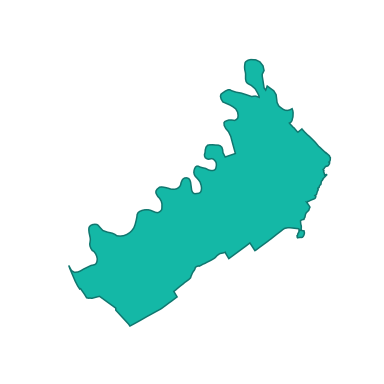 the district of Saucesti, Bacau, Romania, rotated 249°
{"feature_id": "2599482B67210416797402", "entity_name": "Saucesti", "entity_type": "district", "adm_level": 2, "iso_a3": "ROU", "parent_name": "Romania", "parent_adm1": "Bacau", "projection": "robinson", "projection_center": [26.939, 46.661], "detail": "fine", "context": "isolated", "style": "filled", "palette": "teal", "viewbox_px": 384, "rotation_deg": 249, "n_neighbors": 0, "source": "geoboundaries", "source_scale": "gbopen_adm2", "svg_char_len": 6073}
<svg xmlns="http://www.w3.org/2000/svg" viewBox="0 0 384 384"><g transform="rotate(249 192 192)"><path d="M294.5,294.5L294.7,293.4L294.9,292.3L294.9,291.6L294.9,291.0L294.4,289.0L293.9,288.1L293.2,287.6L291.4,286.6L289.9,285.9L288.4,285.4L287.3,285.1L284.6,284.7L282.9,284.3L280.4,283.3L278.3,282.5L275.8,282.1L274.3,282.4L272.8,283.3L270.3,285.5L266.6,287.5L265.5,288.0L260.4,288.8L258.6,288.9L257.3,288.9L256.3,288.6L257.1,287.7L258.7,285.8L259.3,283.9L259.7,281.9L263.1,277.9L266.7,273.4L269.4,268.9L272.5,265.1L273.9,264.0L274.5,262.3L274.3,259.3L273.5,256.1L272.9,254.1L271.2,252.9L268.4,252.5L265.0,253.1L259.6,258.6L257.0,260.7L254.0,262.6L250.2,263.2L247.0,262.5L244.8,261.4L243.8,259.6L243.5,257.5L244.9,255.0L246.0,252.2L246.1,250.0L246.0,247.9L245.2,246.7L242.5,245.9L239.1,246.3L235.1,247.7L230.0,248.1L222.6,247.3L212.4,246.3L212.8,235.5L217.6,235.0L220.7,235.8L223.0,235.9L225.0,234.9L226.3,233.4L227.3,231.0L228.7,228.2L229.7,225.4L230.1,223.4L228.9,221.2L226.6,219.5L224.3,218.4L222.4,217.0L220.9,216.6L219.2,216.7L217.7,217.8L216.7,219.0L216.4,220.5L216.1,222.3L215.0,223.7L213.2,224.6L210.8,225.1L208.3,224.4L206.1,223.1L204.9,222.0L204.4,220.8L204.6,219.1L205.3,217.3L206.7,215.3L209.1,213.2L210.8,210.6L212.3,208.6L213.9,207.0L214.4,205.7L214.1,204.3L213.0,202.9L211.3,201.6L209.5,200.7L207.4,200.4L205.4,200.7L203.0,201.7L200.8,202.5L198.4,203.1L194.7,202.9L192.2,202.3L190.3,201.3L189.3,200.5L188.5,199.2L188.4,197.7L188.9,195.9L189.3,194.2L190.2,193.0L191.7,192.4L193.7,192.3L201.7,194.2L203.9,194.3L205.7,193.8L207.1,192.2L207.7,190.3L207.5,188.7L206.8,187.3L204.8,185.3L202.6,183.8L201.5,182.5L200.8,180.6L200.5,178.8L200.8,176.7L202.1,173.5L203.8,171.5L205.5,169.1L206.9,166.8L207.7,165.2L208.1,163.4L207.1,160.4L205.8,158.7L204.1,158.0L202.4,158.1L200.0,158.5L197.7,159.5L194.5,160.0L191.7,159.7L188.4,158.4L186.5,157.5L185.5,155.9L185.0,154.2L185.0,152.5L186.1,150.6L188.2,148.4L189.7,146.8L191.0,144.9L191.7,143.2L192.3,141.4L192.7,138.8L192.6,136.0L192.0,134.2L190.6,132.7L188.5,131.6L185.5,129.7L182.1,127.3L179.4,124.9L177.9,122.6L177.4,121.8L176.4,119.4L175.7,115.9L175.7,112.6L176.5,109.3L178.0,106.2L180.1,104.8L182.0,102.9L183.4,100.9L184.7,98.8L186.5,96.7L188.1,94.9L191.6,93.5L194.7,92.4L195.8,91.5L196.7,89.7L197.2,87.5L197.1,85.6L196.5,84.0L195.4,82.9L193.6,82.1L191.1,81.4L185.5,80.5L183.9,80.0L181.8,78.9L180.1,77.9L178.1,77.4L175.6,77.4L173.1,77.9L171.7,79.1L168.8,79.9L166.1,80.0L163.5,79.6L161.1,78.3L159.6,76.9L159.1,75.5L159.2,73.6L159.6,71.5L159.4,69.1L158.9,63.2L158.3,59.6L158.2,56.9L159.1,53.5L161.3,51.7L162.6,51.2L167.6,50.6L164.3,50.5L150.5,51.0L145.2,51.6L141.6,52.4L141.7,53.3L138.6,54.1L134.9,55.0L131.0,55.7L129.8,57.6L129.6,58.7L128.9,59.9L128.6,60.6L128.0,66.4L127.7,68.3L110.9,79.2L109.0,78.5L98.3,82.7L91.3,85.5L89.1,86.0L89.7,90.7L90.2,94.3L90.7,97.9L91.9,105.4L92.4,109.2L93.3,115.8L93.9,120.4L94.2,122.0L96.6,130.4L97.4,133.6L99.0,139.0L99.4,140.5L105.7,139.4L106.4,141.8L107.0,143.3L108.4,147.4L109.5,151.2L109.9,152.1L110.3,153.3L110.5,154.3L111.4,157.6L111.9,158.8L112.4,159.9L113.7,160.9L116.5,163.6L116.7,164.0L117.4,164.8L117.5,165.1L117.8,165.3L117.8,165.6L118.6,166.7L119.5,167.5L120.3,168.0L120.8,169.6L120.6,171.9L120.2,172.1L120.2,172.4L120.2,172.7L120.4,174.6L120.7,176.2L120.7,178.1L120.8,179.2L121.0,180.3L121.4,184.8L121.6,186.2L122.0,188.6L122.4,190.1L123.7,192.7L124.4,195.4L124.5,196.0L124.0,199.0L123.9,199.7L123.8,201.5L122.8,201.4L116.6,202.5L121.8,221.4L122.2,222.9L122.7,224.5L122.9,225.2L123.7,227.8L114.7,229.7L114.9,231.0L115.3,232.4L116.1,235.1L118.8,245.1L119.4,246.9L119.9,248.9L122.1,255.8L123.8,261.6L124.4,263.3L124.6,264.4L124.8,265.3L124.8,266.1L124.6,266.7L124.4,268.2L124.0,269.5L123.7,270.2L123.2,271.3L120.2,277.0L119.9,277.6L119.5,278.3L118.8,278.6L118.2,278.3L117.9,278.8L117.5,278.6L117.8,278.2L116.9,277.8L116.3,277.3L115.8,276.8L115.5,276.3L115.0,275.8L114.2,275.3L113.6,274.8L113.6,274.5L113.4,274.5L113.2,274.6L112.9,274.4L112.5,274.0L111.4,274.1L111.1,275.7L110.7,277.0L110.3,277.9L110.2,278.9L110.7,279.9L111.3,280.7L112.5,281.7L113.3,282.2L113.9,282.4L114.8,282.5L115.5,282.7L117.1,280.1L118.3,280.8L119.0,280.9L120.0,281.5L121.5,281.9L122.9,282.0L124.7,282.5L125.2,282.6L126.4,283.1L126.6,284.2L126.6,285.0L126.3,286.7L126.6,286.8L126.8,286.9L128.1,288.5L129.0,289.0L130.4,289.9L131.4,290.9L131.9,291.8L132.4,292.9L133.0,294.4L134.6,295.7L135.6,296.7L137.2,296.4L141.0,295.5L140.9,295.6L141.1,295.9L141.7,296.4L141.5,296.9L141.5,297.3L141.5,297.8L141.7,298.5L141.8,301.0L141.8,302.0L141.8,302.7L141.8,303.6L142.0,304.6L142.5,305.3L143.5,306.0L144.7,305.5L144.8,306.6L144.9,307.0L145.1,307.3L145.7,307.8L146.6,308.4L147.9,309.5L148.4,310.1L148.8,310.6L149.6,310.6L150.3,310.8L150.3,311.2L150.4,311.4L150.7,311.6L150.6,312.1L150.7,312.3L151.7,312.9L152.3,313.6L152.5,313.9L152.8,314.9L153.1,315.2L154.6,316.0L155.7,316.7L156.1,317.7L156.9,318.8L157.2,318.7L158.1,320.5L158.5,321.4L159.3,323.0L159.7,323.9L160.2,323.7L160.3,321.9L162.5,322.2L163.1,322.0L163.8,322.1L164.5,322.8L165.0,322.5L166.1,322.5L166.2,322.9L166.2,323.1L166.4,323.6L167.3,324.6L167.5,325.0L167.7,325.6L167.8,326.2L168.0,326.4L167.7,327.2L167.7,327.9L167.8,328.6L168.3,329.3L169.1,330.4L170.0,331.0L170.6,330.7L170.9,330.5L171.0,330.7L171.0,330.9L171.0,331.2L171.2,331.5L171.8,332.1L172.5,332.6L174.5,333.5L176.2,333.1L176.6,333.3L180.6,331.2L180.4,331.0L184.9,328.8L187.7,327.5L189.2,326.6L191.0,326.0L193.1,325.3L195.0,324.6L200.8,322.0L202.6,321.1L204.1,320.2L206.2,319.3L207.0,318.9L208.2,318.4L210.0,317.8L210.6,317.3L211.5,317.2L210.5,314.3L209.9,312.3L210.8,311.8L215.4,310.2L216.6,309.4L218.2,308.9L219.9,308.1L220.6,307.9L221.2,307.6L221.5,307.6L221.5,308.5L221.7,309.3L222.4,310.4L223.3,311.3L224.3,311.9L225.9,313.1L227.2,313.7L229.8,314.8L231.6,315.2L233.9,315.3L233.6,312.7L233.9,310.5L234.7,308.7L235.3,307.9L236.7,306.6L239.5,304.8L241.4,303.8L245.1,303.5L252.7,305.4L257.2,304.6L264.0,300.2L260.7,297.3L263.3,296.6L269.8,298.0L274.6,299.0L276.7,299.7L279.6,302.8L284.3,303.5L289.2,302.0L292.5,298.9L294.5,294.5Z" fill="#14b8a6" stroke="#0f766e" stroke-width="1.5"/></g></svg>